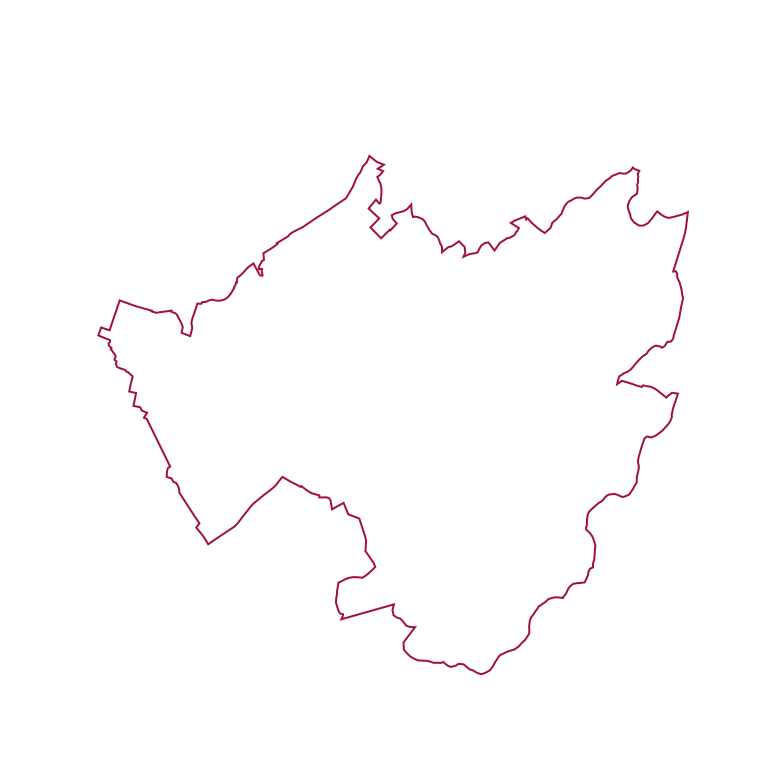 Colipa, Veracruz, Mexico, rotated 12°
{"feature_id": "50627088B43459310731784", "entity_name": "Colipa", "entity_type": "district", "adm_level": 2, "iso_a3": "MEX", "parent_name": "Mexico", "parent_adm1": "Veracruz", "projection": "robinson", "projection_center": [-96.707, 19.935], "detail": "fine", "context": "isolated", "style": "outline", "palette": "rose", "viewbox_px": 768, "rotation_deg": 12, "n_neighbors": 0, "source": "geoboundaries", "source_scale": "gbopen_adm2", "svg_char_len": 6151}
<svg xmlns="http://www.w3.org/2000/svg" viewBox="0 0 768 768"><g transform="rotate(12 384 384)"><path d="M626.5,519.9L625.8,516.0L626.1,512.0L624.3,497.9L620.7,491.5L619.4,489.7L616.9,487.3L612.1,484.4L611.5,483.0L611.8,480.4L610.8,474.5L610.4,469.2L611.4,465.9L613.5,462.7L618.6,455.9L620.7,454.0L622.3,452.1L624.4,447.8L626.6,445.6L632.0,443.6L635.1,443.8L640.4,445.0L641.5,444.7L644.0,443.3L646.9,441.0L649.4,434.8L650.3,431.2L651.6,427.9L651.2,424.7L650.6,422.1L650.8,418.4L650.7,413.4L650.4,411.6L648.4,406.9L648.3,402.5L649.0,392.8L650.1,383.1L652.3,380.6L656.7,380.7L659.0,379.0L660.7,377.9L665.8,372.0L670.4,364.2L671.6,361.2L672.5,356.4L671.9,355.2L671.8,348.0L673.5,332.3L667.4,332.7L666.3,334.4L665.1,335.3L663.0,338.6L652.7,333.4L649.6,332.2L645.5,331.2L641.5,331.5L637.6,331.5L636.8,333.3L632.7,333.1L626.3,332.3L616.1,331.4L612.1,335.7L612.1,332.2L612.5,327.6L614.7,325.6L616.7,323.4L619.7,321.4L622.3,318.5L624.0,315.6L626.0,311.5L628.1,307.8L631.4,303.0L634.4,300.0L636.0,296.1L638.7,292.4L642.0,289.9L646.5,289.9L648.5,290.7L650.7,288.5L652.4,283.9L655.8,282.9L657.5,279.4L657.3,276.8L659.0,258.0L658.6,245.9L658.7,238.0L657.2,234.8L655.4,229.8L652.3,223.7L648.4,218.3L647.9,215.2L646.1,213.1L643.5,213.8L646.6,180.6L647.0,174.2L647.0,169.7L645.5,152.7L640.5,156.2L632.2,160.5L627.9,162.4L624.4,162.2L620.9,161.1L615.4,158.4L614.4,160.1L611.5,166.8L608.6,172.0L604.6,175.2L600.5,176.0L594.9,173.9L591.0,170.5L589.4,166.5L589.0,166.3L585.8,160.9L585.4,157.5L585.9,154.2L587.5,150.0L589.9,147.3L591.7,145.5L591.8,142.7L591.2,139.0L590.2,136.7L590.6,133.6L589.6,130.6L589.7,128.5L588.5,125.8L589.4,122.4L584.7,121.7L582.3,120.5L581.4,123.1L579.5,125.5L577.3,127.6L575.1,128.4L570.5,128.7L567.1,131.0L564.1,132.9L561.2,136.7L559.6,138.0L557.6,140.9L555.0,145.2L551.6,150.0L548.9,155.1L546.0,159.4L541.7,161.0L538.0,160.7L533.7,161.6L531.2,163.3L528.9,165.6L526.5,167.3L525.1,169.4L523.9,172.2L523.4,173.7L523.2,175.3L522.5,177.6L522.3,180.6L520.8,182.9L518.7,186.7L515.1,191.4L514.5,196.6L509.9,202.9L505.7,201.3L501.3,199.2L495.1,195.7L489.9,192.0L489.3,192.2L488.9,193.5L488.1,192.5L487.3,190.7L477.9,197.0L474.6,200.1L483.5,203.4L482.4,207.2L481.5,207.9L481.1,210.3L479.8,212.1L475.9,215.3L473.8,215.9L473.6,216.3L468.0,221.9L464.3,230.5L456.8,223.8L453.5,225.0L450.3,228.4L449.1,232.1L448.2,235.8L445.4,237.3L440.9,239.0L435.3,243.0L436.2,238.7L434.4,233.2L427.7,228.8L421.9,235.0L418.5,236.8L415.4,240.3L413.4,243.1L412.1,237.6L409.7,234.8L407.7,231.3L405.5,228.7L401.9,227.3L400.2,227.3L396.1,223.6L392.3,219.3L390.0,216.3L387.1,214.6L382.6,213.7L379.5,213.8L377.7,214.7L375.4,210.4L373.3,202.8L370.3,208.1L367.4,210.8L359.3,214.9L356.5,217.3L358.2,220.7L363.1,224.4L358.3,232.4L357.6,231.9L350.9,242.1L338.2,233.7L344.9,223.0L332.7,215.7L333.0,215.3L332.7,215.1L337.8,205.3L341.9,208.5L342.9,207.3L341.9,198.5L340.9,193.5L338.8,188.5L337.6,187.3L334.4,182.8L336.5,180.6L338.9,176.0L333.2,174.8L338.3,169.5L330.9,168.3L322.3,164.0L321.6,167.9L320.9,170.9L318.0,175.6L317.3,179.9L316.7,182.2L315.5,184.6L314.1,188.8L313.2,194.0L312.3,198.2L308.2,210.3L299.5,219.2L295.3,223.7L294.7,224.5L283.6,235.2L272.0,247.4L264.7,253.2L261.9,255.7L260.2,258.0L259.3,259.7L249.9,268.5L250.7,269.1L248.4,271.9L246.0,274.4L238.9,281.2L240.8,287.6L238.8,289.4L238.8,291.0L238.4,291.8L237.4,294.4L237.7,297.8L240.7,296.8L241.1,299.9L242.4,302.1L242.5,303.4L240.1,303.6L231.2,293.2L226.8,298.1L222.4,305.5L220.0,308.8L218.5,310.4L218.4,311.3L218.9,313.6L218.9,314.4L218.6,314.1L218.0,315.9L218.3,317.5L217.1,320.5L217.6,321.3L217.1,322.2L215.4,327.4L213.3,331.5L210.5,334.4L206.7,336.5L203.4,337.2L198.1,337.3L195.5,338.6L192.3,340.9L189.1,341.7L188.7,343.5L184.7,344.2L184.0,351.4L183.1,358.5L182.8,363.8L184.8,369.3L184.5,377.5L175.3,376.0L175.4,370.6L174.1,367.9L167.4,359.7L165.6,358.3L160.9,357.5L160.9,356.4L146.3,361.7L141.6,361.3L141.7,360.6L125.1,359.5L108.1,357.2L104.4,388.5L95.6,387.5L94.5,395.9L106.9,398.1L107.1,399.1L107.0,400.4L106.1,401.8L107.0,403.8L110.0,405.4L109.4,406.8L111.2,408.0L112.7,409.5L113.9,410.4L114.9,411.4L115.9,413.2L115.4,414.9L115.4,416.4L117.7,417.4L117.5,419.9L118.7,421.7L119.4,423.0L128.3,424.2L129.6,425.6L131.0,425.5L136.4,428.7L136.7,429.5L136.5,430.7L136.3,437.3L136.3,444.3L143.4,444.4L143.5,457.5L150.4,457.4L150.5,457.6L152.6,460.3L158.2,461.4L156.2,466.8L159.3,467.6L192.0,509.2L190.1,511.2L189.9,514.9L190.8,520.1L195.8,520.5L198.5,523.6L201.1,523.9L203.7,526.4L205.7,529.9L206.3,532.7L226.1,552.6L232.5,558.7L230.2,563.5L237.1,569.0L239.4,571.0L245.4,577.3L250.2,572.1L267.4,554.5L269.7,550.9L274.7,540.4L276.6,536.8L278.9,531.9L281.4,527.8L290.1,516.9L292.9,513.8L297.7,507.9L299.6,504.9L301.0,501.7L303.9,496.0L313.0,499.0L322.2,501.4L323.8,502.0L324.3,501.1L331.7,504.5L335.8,505.9L343.9,506.4L344.2,508.4L351.4,506.8L354.0,507.1L356.0,509.1L359.2,517.4L369.2,508.7L376.1,518.9L387.8,520.7L397.5,537.5L399.1,541.1L400.6,551.3L410.8,560.9L413.5,564.6L411.6,567.8L408.9,571.6L406.0,575.2L402.9,578.1L398.9,578.4L394.1,579.3L390.7,580.6L387.2,582.6L383.6,585.6L380.8,587.7L381.2,597.3L381.8,599.7L381.8,603.8L382.6,608.2L386.2,614.5L387.6,616.4L388.9,617.7L391.8,617.7L392.1,619.0L391.2,623.0L439.5,597.5L439.3,603.5L441.5,608.3L445.3,609.8L448.8,610.1L451.4,611.9L456.1,615.8L460.7,616.2L465.0,615.4L456.8,632.7L458.6,639.7L461.7,642.1L466.2,645.0L470.7,646.5L474.8,647.3L482.7,646.0L485.7,645.8L490.3,646.4L494.6,645.5L497.6,645.0L499.8,643.6L503.4,645.6L506.3,646.7L508.8,646.6L512.9,644.5L515.0,642.3L517.4,641.9L520.3,641.7L526.0,644.8L528.1,645.5L529.7,645.4L533.5,646.7L536.9,647.5L539.9,647.5L543.6,645.1L546.9,642.2L548.9,638.4L550.3,633.6L551.8,629.9L552.9,626.9L554.1,624.9L560.6,619.9L566.7,616.6L570.6,612.4L571.7,610.2L573.3,607.6L574.8,605.8L576.1,602.8L577.9,598.0L577.4,595.0L576.4,591.0L575.8,585.2L576.5,581.5L578.2,578.1L579.4,574.7L580.8,571.9L581.6,569.2L583.5,567.7L584.4,566.4L586.7,564.2L589.7,560.1L592.6,558.5L595.4,557.1L599.7,556.4L603.6,556.1L603.5,555.3L605.7,551.2L606.6,546.6L607.9,543.5L610.5,540.2L614.2,538.7L617.0,538.0L618.1,537.5L621.5,536.4L622.5,532.3L623.3,528.3L623.0,525.6L623.8,522.0L626.5,519.9Z" fill="none" stroke="#9f1239" stroke-width="2"/></g></svg>